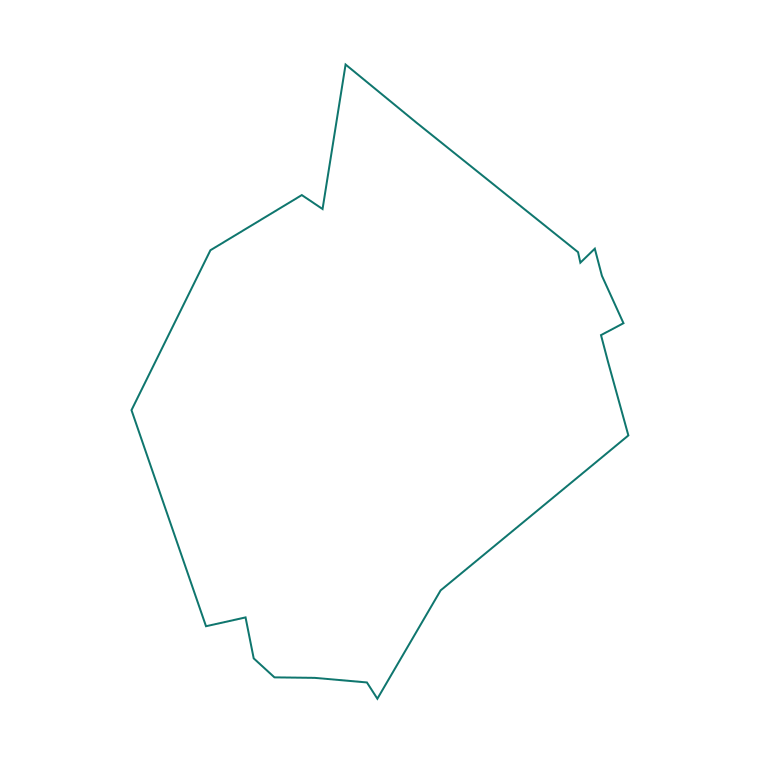 Webster, West Virginia, United States of America, rotated 186°
{"feature_id": "52423323B92436746543107", "entity_name": "Webster", "entity_type": "district", "adm_level": 2, "iso_a3": "USA", "parent_name": "United States of America", "parent_adm1": "West Virginia", "projection": "robinson", "projection_center": [-80.456, 38.483], "detail": "fine", "context": "isolated", "style": "outline", "palette": "teal", "viewbox_px": 768, "rotation_deg": 186, "n_neighbors": 0, "source": "geoboundaries", "source_scale": "gbopen_adm2", "svg_char_len": 461}
<svg xmlns="http://www.w3.org/2000/svg" viewBox="0 0 768 768"><g transform="rotate(186 384 384)"><path d="M378.6,647.0L455.6,697.7L463.4,551.6L485.5,563.3L570.6,498.9L632.4,331.6L606.9,276.9L535.7,124.5L497.3,137.4L484.9,97.5L462.3,80.8L422.2,84.5L369.8,85.4L357.7,70.3L306.1,184.7L163.3,330.1L135.6,358.4L163.5,429.4L173.3,455.3L152.2,469.5L178.6,514.4L188.5,540.6L201.4,525.2L204.8,535.4L378.6,647.0Z" fill="none" stroke="#0f766e" stroke-width="2"/></g></svg>